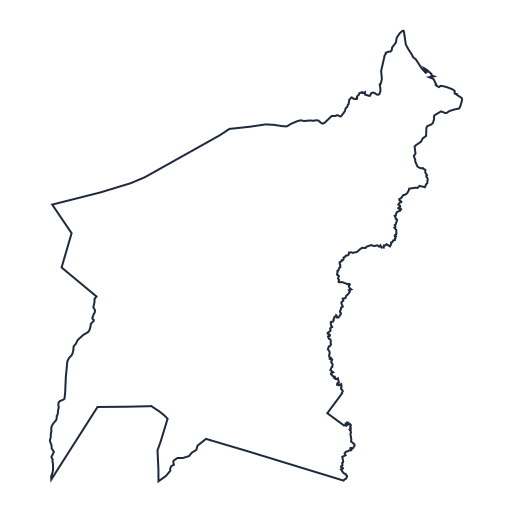 Moung Ruessei, Batdâmbâng, Cambodia (Albers equal-area conic projection)
{"feature_id": "14789045B86476324450115", "entity_name": "Moung Ruessei", "entity_type": "district", "adm_level": 2, "iso_a3": "KHM", "parent_name": "Cambodia", "parent_adm1": "Batdâmbâng", "projection": "albers", "projection_center": [103.606, 12.852], "detail": "fine", "context": "isolated", "style": "outline", "palette": "slate", "viewbox_px": 512, "rotation_deg": 0, "n_neighbors": 0, "source": "geoboundaries", "source_scale": "gbopen_adm2", "svg_char_len": 5987}
<svg xmlns="http://www.w3.org/2000/svg" viewBox="0 0 512 512"><path d="M434.5,115.3L441.0,111.4L445.5,113.1L447.0,112.8L449.2,111.1L455.0,109.3L459.2,108.5L460.5,105.7L461.6,101.8L462.1,99.7L461.8,98.1L456.7,94.7L456.9,94.1L454.7,93.6L454.7,91.0L452.6,89.4L446.8,87.1L443.6,86.3L440.7,85.8L439.0,87.1L436.4,85.7L435.7,84.9L436.2,84.5L435.9,83.8L433.4,78.9L429.2,77.2L433.9,76.3L431.4,75.3L431.4,73.9L426.2,69.4L424.4,68.4L426.7,72.1L425.7,72.8L421.7,68.4L415.8,59.3L413.3,57.4L412.6,56.4L412.1,55.0L408.1,48.8L405.8,44.5L404.0,32.0L403.5,30.7L402.3,31.0L399.7,33.3L396.7,37.7L395.9,42.5L392.0,47.7L391.8,49.9L391.4,50.7L390.3,51.6L388.7,51.7L386.2,52.6L385.6,53.1L385.8,53.9L384.7,55.3L381.1,71.1L381.9,78.9L380.7,83.9L379.7,84.4L380.4,88.6L380.4,91.4L379.4,94.0L378.3,94.7L376.7,94.5L374.5,93.0L372.5,92.6L371.1,93.4L369.9,95.9L369.3,95.9L365.1,94.6L365.0,92.2L363.4,93.1L362.6,93.0L362.5,92.3L361.9,92.1L361.0,92.8L359.5,93.0L359.0,94.6L357.2,96.2L356.8,97.6L357.2,98.4L356.7,99.1L353.5,98.8L352.2,97.6L351.4,97.4L349.2,100.0L348.6,104.1L347.8,104.8L347.3,106.8L345.7,108.2L344.9,111.2L341.1,116.3L340.0,116.4L337.4,115.1L335.2,116.0L331.7,116.0L324.7,122.7L323.1,123.5L322.4,123.6L320.5,122.5L318.7,120.7L316.9,120.3L315.1,120.3L314.1,120.8L310.1,120.5L304.1,121.0L300.7,120.3L297.5,121.1L291.1,123.8L286.8,126.4L282.8,126.2L273.4,124.8L265.6,124.4L249.4,126.8L229.4,128.9L219.9,135.2L144.7,177.3L130.4,183.3L100.5,192.4L52.2,204.6L71.6,233.2L61.6,267.5L96.5,296.5L94.5,299.0L94.5,302.2L93.5,306.4L93.4,307.5L94.8,309.8L95.0,311.0L94.6,312.8L93.8,313.9L92.3,318.0L92.6,318.9L93.8,320.1L93.7,320.9L90.9,323.8L90.3,327.5L89.2,330.7L87.8,332.3L83.3,334.9L77.7,340.0L75.9,343.7L73.6,346.4L73.3,350.4L72.5,353.6L71.4,355.5L69.0,358.0L67.3,361.5L65.8,377.4L65.2,391.9L64.5,398.6L63.6,399.5L59.7,401.2L58.6,402.6L58.3,404.6L58.8,407.9L58.2,409.3L57.7,414.4L56.7,416.0L56.8,417.6L56.5,419.0L56.0,420.3L53.3,423.4L51.8,425.9L51.2,428.4L51.4,431.6L50.9,433.2L50.7,437.5L49.9,440.2L50.0,441.4L51.5,445.2L51.7,448.4L53.9,451.9L51.5,456.7L51.6,457.8L52.7,459.5L52.4,461.6L52.9,463.2L53.1,466.6L52.9,471.3L51.2,476.5L51.3,479.5L97.5,407.0L128.2,406.7L150.2,406.2L151.0,405.9L160.1,412.0L164.3,415.4L167.6,418.7L160.6,441.7L157.5,450.4L158.4,469.3L158.5,481.3L166.0,475.9L170.2,470.9L170.2,468.5L171.4,466.0L173.9,464.8L173.2,461.7L173.8,460.5L177.5,458.0L182.9,458.0L189.0,456.1L192.0,452.5L196.3,450.0L197.5,445.7L206.0,438.9L246.2,450.8L343.6,480.6L344.5,479.4L346.2,478.5L347.1,476.3L346.9,475.6L345.6,474.6L345.4,473.8L344.1,473.5L342.1,471.4L342.0,470.4L341.0,469.5L343.0,468.4L342.8,467.9L341.2,467.3L341.0,466.4L342.5,465.3L342.1,463.0L343.0,462.4L343.2,461.7L342.3,456.8L345.6,455.2L344.6,453.4L346.0,451.6L347.3,451.5L349.0,450.5L350.9,450.4L351.5,449.8L351.4,449.1L350.4,448.8L350.3,448.2L351.1,447.8L352.1,448.5L353.0,448.2L354.6,445.6L354.4,444.3L351.0,441.4L351.3,439.4L350.4,433.8L351.0,432.5L350.7,431.1L349.5,429.5L350.0,429.0L350.7,429.3L350.8,427.8L350.1,427.1L350.9,425.2L350.2,424.2L348.9,424.6L348.0,423.9L348.4,423.6L348.5,422.9L347.2,422.4L346.8,423.1L345.9,423.4L347.1,424.9L346.7,425.5L346.2,425.8L344.9,425.0L344.0,425.5L327.3,413.2L342.1,393.3L341.9,392.7L342.8,391.2L342.1,389.8L341.2,389.2L341.0,387.5L341.6,386.7L341.2,384.1L340.2,384.5L340.6,385.1L338.5,385.2L338.5,384.6L338.1,384.4L337.1,384.6L337.2,383.9L337.9,383.7L337.7,383.0L338.9,382.4L337.8,378.3L336.3,379.2L335.0,378.7L334.9,378.0L334.3,377.8L335.0,377.2L334.8,376.7L333.1,376.3L330.9,374.0L331.1,373.3L333.2,372.3L330.4,370.2L331.4,367.6L332.3,366.9L332.3,365.6L332.6,365.2L332.5,364.0L331.1,362.1L332.2,359.7L331.1,358.2L330.2,359.2L329.6,358.8L329.7,356.9L329.0,355.9L329.7,353.0L329.3,351.2L327.9,349.3L328.8,346.4L329.8,346.3L331.0,344.5L330.6,342.7L330.8,341.3L330.5,339.5L329.1,338.9L328.0,336.8L328.3,336.1L329.6,336.1L330.0,335.2L329.8,334.6L327.6,333.6L327.6,332.9L330.4,330.9L330.6,330.4L330.1,328.6L330.6,327.8L332.2,326.9L331.1,325.4L330.7,322.4L331.2,321.7L331.9,321.9L333.1,321.5L333.7,320.5L333.4,319.5L334.2,318.4L334.3,317.0L335.8,316.3L336.1,315.2L336.6,315.6L336.5,316.9L337.2,317.6L338.5,317.5L340.7,314.3L341.0,313.2L340.1,312.2L339.9,311.4L341.0,309.2L341.0,307.7L342.8,306.6L341.3,303.1L341.5,302.1L343.3,300.7L342.7,298.6L345.4,298.2L346.1,295.9L348.0,294.3L349.9,291.7L348.9,290.2L351.3,289.4L349.6,288.1L349.1,287.0L348.7,285.4L349.8,284.7L349.4,284.0L346.9,283.9L342.4,282.2L338.8,282.2L338.5,281.8L339.1,280.0L338.0,278.4L338.9,276.0L338.6,275.5L337.1,274.8L337.1,273.7L337.8,271.5L337.4,271.0L338.5,270.1L339.3,267.8L340.3,267.2L340.1,265.8L340.4,265.2L339.8,264.1L339.6,262.3L340.9,261.7L341.7,260.3L342.4,260.6L343.6,259.3L343.5,257.6L345.2,256.8L345.7,255.7L347.8,255.3L348.7,254.5L348.9,252.6L351.5,252.3L352.5,252.9L357.0,251.9L360.8,248.6L362.6,247.7L363.3,248.0L365.7,247.9L366.5,246.7L371.2,245.1L374.1,246.1L377.5,245.3L378.9,246.6L379.6,246.6L380.4,245.4L381.6,247.5L382.1,247.2L383.7,247.6L384.0,245.3L385.5,245.3L386.5,244.2L390.0,246.4L391.3,243.6L391.1,242.5L392.5,241.9L393.1,240.5L395.0,239.9L395.0,238.6L395.5,238.2L394.8,236.3L395.9,236.2L395.3,234.7L396.4,234.1L396.3,231.2L396.2,229.9L394.4,227.7L395.3,227.2L395.3,226.2L394.7,225.1L395.7,224.3L397.1,219.9L397.0,219.5L395.6,218.7L395.7,217.5L394.6,215.9L395.9,215.1L396.1,213.6L396.9,212.1L400.3,210.6L399.9,209.3L401.0,209.1L400.7,208.6L398.6,208.6L398.2,208.1L400.1,206.5L400.1,205.7L398.3,204.6L398.5,204.2L399.9,202.5L401.2,202.2L401.4,201.7L399.3,200.1L399.2,199.2L401.4,197.8L403.3,195.1L405.1,194.7L407.1,193.3L408.9,190.1L409.1,188.7L415.3,187.7L417.5,187.9L419.5,185.9L424.9,187.2L426.2,184.1L427.2,183.4L427.7,179.5L427.3,177.7L426.4,176.9L426.2,176.0L427.0,175.1L425.3,172.6L425.3,169.7L423.7,169.1L422.9,168.1L421.1,168.3L418.4,167.3L417.5,166.5L415.3,161.7L415.2,159.7L413.8,156.0L415.5,153.7L414.6,146.5L416.0,145.1L421.0,141.7L422.8,138.3L426.1,135.9L426.4,127.6L427.4,126.1L431.2,124.5L432.9,123.0L434.2,118.5L433.9,116.6L434.5,115.3Z" fill="none" stroke="#1e293b" stroke-width="2"/></svg>